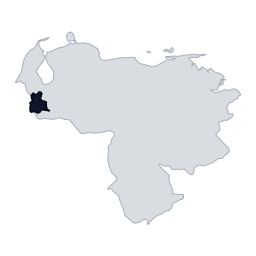 where Táchira sits in Venezuela
{"feature_id": "VEN-28", "entity_name": "Táchira", "entity_type": "State", "adm_level": 1, "iso_a3": "VEN", "parent_name": "Venezuela", "parent_adm1": "", "projection": "albers", "projection_center": [-71.957, 7.987], "detail": "fine", "context": "in_parent", "style": "filled", "palette": "ink", "viewbox_px": 256, "rotation_deg": 0, "n_neighbors": 0, "source": "natural_earth", "source_scale": "10m", "svg_char_len": 5659}
<svg xmlns="http://www.w3.org/2000/svg" viewBox="0 0 256 256"><path d="M237.4,90.1L240.6,94.1L240.4,95.1L238.5,96.1L237.4,98.4L235.0,99.5L231.7,102.4L229.5,102.7L226.2,107.5L228.2,111.0L227.8,112.9L228.7,113.8L232.6,113.8L233.1,114.8L232.6,116.3L231.9,117.3L226.6,120.4L224.0,120.1L222.9,121.1L219.5,121.8L218.6,123.6L219.5,126.0L220.0,129.9L215.7,134.6L226.9,146.7L228.1,147.3L229.3,150.2L229.0,151.9L227.1,153.9L224.4,155.5L222.8,158.0L221.2,158.6L218.2,158.5L216.7,159.9L214.9,160.5L213.7,162.4L203.7,165.9L199.3,165.0L194.3,167.4L193.6,173.2L192.0,174.6L190.2,174.6L183.8,168.9L180.6,169.8L178.5,169.1L172.3,169.4L169.4,166.1L162.9,166.0L160.4,163.8L159.3,163.8L158.8,164.5L161.4,168.2L169.1,175.2L169.2,181.6L172.9,190.5L172.3,193.3L174.4,194.1L183.5,194.6L183.5,197.8L182.3,199.3L180.5,199.5L175.9,202.0L173.2,202.9L171.5,208.1L170.0,209.6L168.3,210.9L165.2,211.0L161.2,214.4L159.7,214.4L156.2,216.1L150.6,221.0L148.7,224.0L147.3,224.1L147.9,221.5L147.1,220.1L145.8,219.4L144.5,219.3L142.9,220.0L138.8,222.6L134.7,223.2L132.5,222.1L124.8,215.5L124.7,213.2L122.8,207.9L118.9,197.9L118.9,196.0L112.9,191.1L112.0,189.3L109.5,188.7L107.9,189.4L108.3,187.7L116.4,180.4L117.1,178.8L113.8,174.3L112.1,173.0L111.1,171.4L109.0,165.8L108.4,161.5L107.7,160.6L108.5,150.1L108.1,147.8L108.7,146.0L110.2,144.8L111.1,142.9L111.3,140.4L112.2,138.3L113.9,136.6L114.4,135.0L113.7,132.4L112.2,131.4L107.3,130.7L106.0,131.5L97.1,133.0L92.7,133.0L89.3,132.4L86.8,132.6L83.8,134.0L82.3,133.2L81.1,133.7L69.3,119.8L65.0,119.5L59.1,117.5L54.5,119.1L52.6,119.3L44.4,118.5L39.8,119.2L37.9,118.5L36.6,117.4L34.6,112.8L31.5,112.1L30.2,110.2L30.6,102.8L32.1,100.7L31.6,97.4L31.1,95.8L27.0,91.7L24.8,83.5L22.1,83.1L21.3,81.3L20.5,81.0L18.2,82.1L15.8,82.5L15.4,82.1L21.4,72.1L23.7,60.3L26.6,54.5L30.7,49.8L34.0,48.5L38.8,40.6L49.3,37.3L46.5,39.7L40.2,41.2L38.8,42.2L38.9,44.8L40.8,48.6L44.0,51.5L42.5,51.8L43.2,54.5L44.7,56.4L44.8,57.5L43.6,61.1L38.8,66.8L36.2,71.7L38.2,74.6L38.5,76.1L42.0,79.7L41.7,81.2L43.3,84.2L45.8,84.6L50.7,82.7L53.2,79.5L53.8,73.5L53.3,71.4L50.3,66.1L48.2,64.1L46.4,59.6L45.6,55.5L47.0,54.5L46.8,52.4L50.2,51.8L57.6,48.2L62.1,47.3L67.3,45.4L69.5,43.0L70.3,42.8L73.0,44.2L74.3,43.7L74.9,42.6L74.1,40.4L67.9,41.2L66.3,36.8L67.7,33.3L71.0,31.9L73.4,34.0L75.0,40.3L77.2,43.6L83.8,42.9L90.5,44.3L97.6,48.8L99.7,53.5L98.9,54.7L99.4,56.7L100.4,58.7L102.0,60.0L106.4,60.3L121.0,57.8L133.3,57.3L135.7,58.2L135.9,59.9L139.9,63.5L152.0,66.5L156.6,65.9L167.4,59.7L173.3,59.7L175.0,58.7L172.8,57.9L167.9,57.6L166.4,58.3L165.6,56.7L172.6,56.1L178.8,56.3L183.9,55.1L187.9,55.1L191.9,54.2L199.6,54.9L205.6,54.1L204.9,55.1L199.7,56.0L197.3,57.5L192.2,57.4L188.5,58.0L189.7,58.4L189.7,59.9L190.8,60.2L192.4,62.0L192.8,63.5L191.6,65.9L193.0,65.6L193.9,64.8L193.8,63.2L194.7,63.4L198.6,70.4L200.2,68.6L201.4,69.6L201.3,67.0L202.6,67.0L205.4,68.7L208.4,72.7L207.8,69.6L210.1,69.5L210.7,68.2L215.5,72.5L220.4,73.6L224.2,76.8L223.4,78.5L221.3,79.3L220.4,80.4L218.9,85.7L216.9,89.8L210.8,90.0L216.1,93.0L217.9,91.7L220.5,91.5L224.4,89.7L229.7,90.4L232.0,88.9L234.9,89.0L237.4,90.1ZM172.8,48.2L173.4,50.4L171.8,52.4L169.5,52.5L167.7,51.2L166.8,51.5L163.7,50.9L164.6,49.7L166.8,49.1L168.5,50.4L169.9,50.5L170.2,49.3L172.1,47.6L172.8,48.2ZM223.2,83.8L220.0,85.6L219.8,83.9L222.3,81.8L223.4,83.0L223.2,83.8ZM150.4,52.4L149.5,52.8L147.0,51.9L147.5,51.3L148.8,51.3L150.4,52.4ZM223.8,80.6L221.8,81.2L222.3,79.9L224.4,79.2L225.2,79.4L223.8,80.6Z" fill="#d9dde1" stroke="#a8b0b8" stroke-width="1"/><path d="M32.2,101.5L32.5,101.1L32.5,100.5L32.1,99.3L31.6,98.3L31.5,97.9L31.5,97.6L31.6,97.1L31.7,96.8L31.6,96.5L31.5,96.2L31.3,96.0L31.1,95.8L31.2,95.7L31.3,95.5L31.4,95.4L31.4,95.2L31.6,94.9L31.8,94.9L32.2,94.6L32.2,94.4L32.3,94.3L32.3,94.0L32.3,93.9L32.5,93.8L32.8,93.4L33.0,93.3L33.4,93.1L33.5,93.1L33.8,93.2L33.8,93.3L33.9,93.5L33.9,93.9L33.9,94.1L34.0,94.4L34.1,95.0L34.0,95.4L34.0,95.5L34.3,95.5L35.1,94.8L35.1,94.6L35.3,94.5L35.8,94.5L36.1,94.4L36.5,94.2L36.8,94.1L37.1,94.1L37.4,94.0L37.5,93.9L37.7,93.7L37.9,93.4L38.0,93.4L39.0,91.9L41.0,92.3L41.3,92.5L41.4,93.2L41.4,93.3L41.5,93.4L41.8,93.7L41.8,93.8L41.9,94.1L41.8,94.3L41.8,94.5L40.9,95.6L41.2,96.5L41.1,97.0L40.9,97.2L40.7,97.3L40.4,97.8L39.9,98.3L39.8,98.8L39.7,99.1L39.8,99.2L39.8,99.3L40.5,99.2L40.9,99.3L41.0,99.4L41.4,99.6L41.5,99.7L42.2,100.8L42.3,101.0L42.7,101.3L42.9,101.4L43.0,101.4L43.3,101.2L43.6,101.2L43.7,101.3L43.8,101.3L44.0,101.2L44.3,101.2L44.5,101.2L44.9,101.3L46.3,102.1L46.4,102.4L46.4,102.5L46.1,103.2L46.0,103.4L46.1,103.5L46.3,104.2L46.3,105.1L46.3,105.3L46.1,105.6L45.9,106.2L45.8,106.3L46.0,106.5L46.3,106.7L46.4,106.8L46.5,106.8L46.5,107.1L46.7,107.5L46.7,107.8L46.5,108.4L46.6,108.5L46.8,108.7L47.0,108.8L47.5,109.2L47.6,109.3L47.7,109.5L47.9,109.7L48.0,109.8L48.4,110.2L48.6,110.3L48.8,110.4L49.3,110.4L49.4,110.5L49.3,110.8L49.2,110.8L48.9,110.9L48.7,110.9L48.4,110.8L47.3,110.4L47.1,110.4L46.9,110.4L46.4,110.4L46.2,110.4L45.5,110.2L44.3,110.1L43.6,109.8L43.2,109.8L42.1,109.9L41.9,109.9L41.8,110.0L41.6,110.0L41.4,110.0L40.9,110.0L40.7,110.1L40.6,110.3L40.6,110.5L40.7,110.8L40.4,111.6L40.1,112.0L39.9,112.1L39.5,112.2L39.3,112.3L38.6,112.8L38.4,112.8L38.2,112.9L37.9,112.9L37.7,112.9L36.9,112.7L36.5,112.5L35.8,112.1L35.6,112.0L35.4,111.7L34.9,111.5L34.3,111.6L34.0,111.6L33.1,111.5L32.9,111.5L32.7,111.5L32.2,111.8L31.5,112.2L31.1,112.1L30.5,111.6L30.1,110.9L30.0,110.5L30.1,110.1L30.3,109.8L30.3,109.4L30.3,109.1L30.0,108.5L30.0,108.1L30.2,106.4L30.5,105.3L30.5,105.0L30.5,104.3L30.4,104.0L30.3,103.8L29.9,103.4L29.9,103.1L30.1,103.0L30.3,102.9L30.7,102.6L30.9,102.4L31.0,102.1L31.1,101.8L31.3,101.5L31.6,101.4L31.9,101.5L32.2,101.5Z" fill="#0f172a" stroke="#020617" stroke-width="1.5"/></svg>